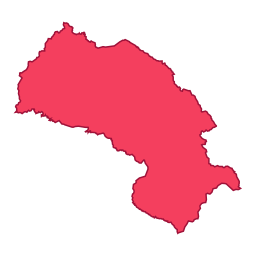 outline of Sung Men, Phrae, Thailand
{"feature_id": "78962969B92353428607909", "entity_name": "Sung Men", "entity_type": "district", "adm_level": 2, "iso_a3": "THA", "parent_name": "Thailand", "parent_adm1": "Phrae", "projection": "robinson", "projection_center": [100.13, 18.026], "detail": "fine", "context": "isolated", "style": "filled", "palette": "rose", "viewbox_px": 256, "rotation_deg": 0, "n_neighbors": 0, "source": "geoboundaries", "source_scale": "gbopen_adm2", "svg_char_len": 5747}
<svg xmlns="http://www.w3.org/2000/svg" viewBox="0 0 256 256"><path d="M177.8,233.3L178.4,232.8L183.4,231.2L184.8,227.0L186.9,224.0L188.4,221.0L192.3,221.8L193.5,221.1L194.2,219.7L196.5,218.7L197.9,218.7L198.5,216.4L197.9,212.0L200.4,208.4L199.9,206.6L200.0,205.6L201.6,203.5L203.8,202.7L205.7,202.5L206.4,199.6L206.0,194.1L207.5,193.3L209.5,194.0L210.2,193.9L211.9,192.2L213.1,188.7L216.5,188.0L218.0,185.6L221.7,183.3L224.7,183.5L226.3,183.9L233.3,190.4L235.9,189.4L238.4,189.6L240.6,188.4L238.3,186.8L239.0,185.5L238.8,184.7L239.2,183.2L239.2,181.3L236.6,176.6L236.3,174.2L234.1,172.6L234.7,171.6L233.6,171.2L233.1,170.1L232.4,169.6L232.1,168.4L230.3,167.9L227.7,166.2L225.6,166.4L224.5,167.5L223.8,167.6L223.3,167.5L222.4,166.5L219.1,166.5L217.6,165.6L214.7,166.8L213.1,165.6L210.8,165.5L210.6,164.2L208.9,163.6L208.9,158.6L207.0,157.1L205.5,152.9L205.6,152.3L206.7,151.8L206.1,149.7L203.0,147.4L201.6,144.9L202.4,144.5L205.1,144.4L205.4,143.6L205.2,142.2L206.4,141.6L206.0,140.1L203.7,139.4L201.8,138.1L200.0,135.8L199.9,134.8L201.1,134.1L201.1,132.5L201.5,131.3L202.4,131.0L203.6,132.0L205.3,131.1L206.1,130.0L207.4,131.1L209.3,130.7L210.0,129.7L211.1,129.5L213.0,127.5L214.3,127.3L216.3,126.2L216.3,125.8L214.9,124.3L213.5,121.7L211.9,120.0L211.7,118.8L211.0,118.1L211.1,116.9L210.1,115.5L208.0,113.9L207.0,112.0L205.5,111.1L202.2,111.9L201.5,111.7L201.3,111.2L201.5,108.9L200.3,106.9L200.1,105.4L198.4,104.4L197.6,101.7L195.5,98.3L195.0,96.4L193.4,95.2L191.9,95.0L190.0,90.7L188.3,90.7L183.7,89.1L182.8,89.7L182.4,91.2L180.9,90.9L180.1,90.0L180.1,89.2L180.5,88.7L179.9,87.5L179.2,87.0L178.5,87.5L177.5,87.0L177.3,86.3L176.7,86.2L176.3,85.2L174.3,83.6L174.3,81.7L173.5,81.0L173.2,80.1L173.2,76.9L172.3,75.5L172.3,75.0L174.2,74.2L173.0,72.8L172.8,72.1L172.0,71.9L171.9,71.1L171.1,70.4L170.7,69.2L169.9,68.5L169.0,68.6L166.4,65.6L165.4,65.3L164.9,63.2L164.3,63.1L163.5,63.7L162.7,63.9L162.1,63.0L162.1,61.0L158.7,61.2L158.3,60.8L156.8,60.7L154.8,59.3L153.7,59.1L152.1,57.1L150.8,57.0L150.1,56.3L149.4,56.2L147.7,53.6L145.1,53.0L143.8,52.2L143.0,50.9L141.1,50.6L140.0,50.1L140.0,49.7L138.7,48.6L138.6,48.0L138.1,47.9L138.1,47.4L137.2,47.4L137.3,46.9L136.7,46.5L136.2,46.7L135.4,45.5L129.6,42.2L129.5,41.7L125.1,39.6L124.0,40.4L122.9,40.2L119.9,41.8L114.4,45.9L105.5,47.1L103.0,46.7L98.2,48.1L97.3,47.9L96.7,47.3L96.1,47.3L95.6,46.9L95.2,45.8L95.4,44.9L95.0,42.8L92.1,41.7L91.3,41.0L90.4,41.4L90.3,42.1L89.7,42.0L88.4,41.3L88.2,40.7L87.4,40.5L86.9,39.5L85.9,39.2L86.1,36.7L84.7,36.0L85.1,34.5L83.8,34.2L84.7,33.1L84.0,32.3L82.9,32.9L81.8,32.9L81.0,34.3L79.9,33.9L79.3,33.1L79.0,33.8L76.7,34.2L76.2,34.6L75.6,34.1L74.1,33.7L72.3,32.4L72.0,31.0L72.5,30.4L72.3,29.2L72.9,28.0L72.2,27.6L71.9,26.7L70.2,26.5L69.1,25.7L68.0,23.7L66.6,23.0L64.9,23.2L63.8,22.7L63.4,24.7L63.7,25.7L64.4,26.5L64.6,28.5L62.8,29.0L62.0,30.4L60.4,31.1L59.6,32.7L58.6,32.9L57.5,31.5L55.4,31.8L54.7,32.7L54.3,34.4L53.5,35.0L52.9,36.2L51.6,37.3L51.4,38.8L48.3,38.6L47.7,40.5L45.3,43.6L45.3,47.5L44.2,48.8L44.7,49.9L44.7,50.9L41.7,50.9L40.5,51.7L39.6,51.6L39.2,52.6L39.1,53.9L39.4,55.8L38.7,56.8L37.5,57.6L36.8,57.5L36.4,58.8L32.4,61.7L31.8,61.8L30.1,61.3L28.5,61.8L28.2,64.1L28.4,65.5L27.4,68.1L26.4,69.7L23.1,71.8L21.8,72.9L20.2,72.8L19.7,73.1L19.8,74.4L19.4,75.7L21.5,77.3L22.0,78.0L18.1,84.7L18.5,86.0L17.8,88.9L18.9,90.6L18.5,93.6L19.4,96.6L19.4,98.9L20.6,100.8L20.0,102.1L18.7,102.7L18.0,104.7L16.4,105.0L16.1,105.4L15.6,106.8L16.6,108.1L16.8,110.6L15.4,112.3L17.2,112.0L18.2,112.8L19.3,112.5L20.8,112.7L22.1,113.6L24.5,111.8L25.6,111.7L26.9,112.2L28.5,110.3L29.7,111.1L31.1,110.6L32.0,109.0L34.1,109.0L34.4,109.6L33.9,110.0L34.9,112.0L35.9,112.7L35.9,113.5L38.5,112.6L38.7,111.8L40.3,112.6L41.7,111.6L42.6,112.3L43.2,113.7L43.0,114.3L41.4,114.9L41.5,116.5L42.0,116.2L42.2,115.1L43.3,116.1L45.1,115.8L45.4,115.1L45.6,115.7L47.6,116.4L47.1,117.2L47.3,117.7L48.3,117.7L49.6,118.9L50.6,118.6L49.2,120.3L50.8,120.7L51.7,119.8L52.3,120.0L52.8,120.3L52.8,121.2L53.9,121.3L55.2,122.5L59.1,120.6L61.9,124.0L63.9,124.2L64.5,124.7L71.9,127.1L73.2,127.2L75.2,126.5L78.5,126.2L85.2,127.3L88.2,127.4L88.3,129.0L87.7,130.2L85.4,131.6L85.6,131.9L87.2,131.5L88.2,131.7L88.2,132.3L88.4,132.0L89.0,132.1L89.9,130.9L90.4,130.9L90.5,132.2L90.9,132.6L91.6,132.3L95.1,132.6L96.2,133.6L96.6,133.4L97.6,134.8L99.3,133.8L99.7,134.0L103.1,133.1L103.9,133.5L105.3,136.4L107.3,137.9L108.8,138.3L109.9,138.2L111.0,138.8L111.1,139.2L111.4,138.9L111.5,139.4L111.1,139.5L111.4,140.0L112.3,140.7L112.0,141.5L112.3,141.9L112.5,144.2L113.3,145.3L113.2,147.0L114.0,147.7L115.9,148.1L115.8,148.5L116.9,149.4L116.8,149.9L117.2,150.6L118.1,150.9L118.6,150.6L119.1,150.7L119.7,150.1L120.8,150.0L121.2,150.4L121.4,150.1L122.9,150.1L123.3,151.0L125.6,151.4L125.7,152.5L126.2,152.8L126.0,153.6L127.3,154.5L128.6,154.4L129.5,155.1L132.1,154.4L134.6,156.9L135.1,159.9L136.5,161.2L138.5,162.0L139.2,162.9L141.1,163.1L143.5,160.3L143.9,160.0L144.4,160.2L145.3,163.2L147.9,166.8L148.0,169.1L145.3,176.2L139.4,178.0L136.0,180.7L136.2,182.3L135.7,183.2L133.5,184.4L132.9,188.7L134.0,190.3L134.1,191.9L133.4,193.6L132.6,194.0L132.0,196.4L132.8,197.7L132.2,199.6L133.4,201.6L132.7,202.6L133.3,203.0L133.7,203.9L134.6,203.6L134.8,205.2L135.7,205.3L136.6,207.1L138.8,208.4L139.4,209.3L140.4,209.2L142.2,211.1L142.7,210.6L144.0,211.7L145.4,211.7L146.2,213.0L147.0,213.0L147.5,213.6L148.2,213.7L148.8,214.6L149.7,214.5L150.1,215.4L152.6,216.9L153.6,216.7L154.2,217.8L154.7,217.9L155.5,216.6L157.1,218.3L157.8,218.1L159.2,218.7L161.2,218.6L162.0,219.1L163.2,219.0L163.9,220.2L164.6,220.3L165.2,221.0L166.0,220.7L166.6,221.3L167.5,221.1L167.4,221.6L167.9,222.2L169.1,222.5L171.0,222.2L172.3,224.3L174.0,225.6L174.2,226.6L175.7,228.5L177.2,229.5L177.2,231.8L177.8,233.3Z" fill="#f43f5e" stroke="#9f1239" stroke-width="1.5"/></svg>